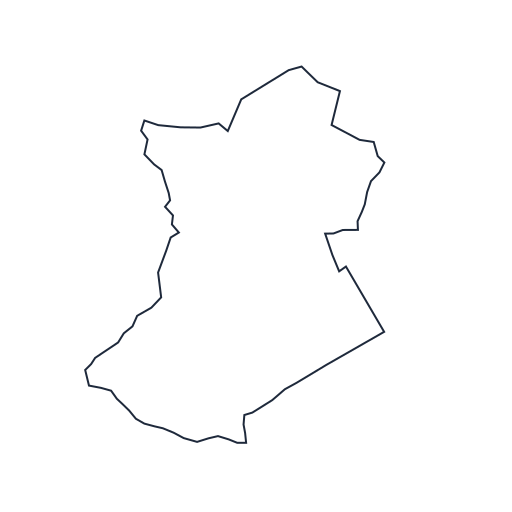 the district of Estação, Rio Grande do Sul, Brazil, rotated 105°
{"feature_id": "56859067B47063439321090", "entity_name": "Estação", "entity_type": "district", "adm_level": 2, "iso_a3": "BRA", "parent_name": "Brazil", "parent_adm1": "Rio Grande do Sul", "projection": "orthographic", "projection_center": [-52.286, -27.926], "detail": "fine", "context": "isolated", "style": "outline", "palette": "slate", "viewbox_px": 512, "rotation_deg": 105, "n_neighbors": 0, "source": "geoboundaries", "source_scale": "gbopen_adm2", "svg_char_len": 1157}
<svg xmlns="http://www.w3.org/2000/svg" viewBox="0 0 512 512"><g transform="rotate(105 256 256)"><path d="M115.4,171.8L117.0,186.0L109.9,216.9L75.0,217.6L72.2,241.4L65.5,253.4L61.2,261.0L68.0,272.5L108.5,310.8L142.6,315.6L137.6,326.4L146.3,342.9L151.2,362.0L154.9,384.3L154.0,398.9L164.7,399.4L171.5,390.9L186.7,390.1L193.9,378.1L197.4,369.4L207.5,363.3L217.8,356.6L224.5,353.4L232.0,356.6L238.3,346.7L247.3,345.4L253.3,336.6L260.2,343.2L274.0,344.1L297.3,346.3L320.5,336.9L333.0,343.7L344.5,355.3L355.9,357.1L364.9,363.7L375.2,366.8L396.0,385.0L403.1,387.3L410.3,391.5L424.4,383.8L423.5,371.7L423.6,361.1L429.9,353.5L433.7,346.4L438.2,338.4L444.3,329.9L446.8,320.5L446.8,309.9L446.5,301.4L448.0,289.8L450.6,278.7L450.8,264.8L444.4,254.7L439.8,246.1L440.2,234.9L441.3,225.8L439.0,217.2L429.8,220.7L422.0,224.4L412.6,226.1L408.2,219.0L391.0,203.0L377.2,193.6L368.2,184.2L342.9,159.8L296.1,112.6L261.0,148.1L242.9,166.4L249.3,171.7L235.2,182.5L216.5,195.0L214.2,187.0L208.4,178.9L204.4,164.3L196.1,166.9L186.0,165.2L178.0,164.3L165.4,165.2L153.9,164.3L143.3,158.4L132.5,156.2L128.0,164.3L115.4,171.8Z" fill="none" stroke="#1e293b" stroke-width="2"/></g></svg>